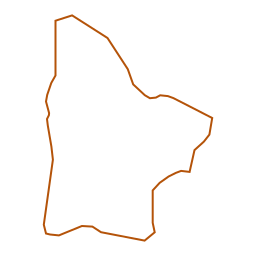 outline of Celje
{"feature_id": "SVN-941", "entity_name": "Celje", "entity_type": "Municipality", "adm_level": 1, "iso_a3": "SVN", "parent_name": "Slovenia", "parent_adm1": "", "projection": "orthographic", "projection_center": [15.275, 46.255], "detail": "fine", "context": "isolated", "style": "outline", "palette": "amber", "viewbox_px": 256, "rotation_deg": 0, "n_neighbors": 0, "source": "natural_earth", "source_scale": "10m", "svg_char_len": 597}
<svg xmlns="http://www.w3.org/2000/svg" viewBox="0 0 256 256"><path d="M55.5,20.7L72.1,15.4L107.5,38.0L127.8,69.2L133.2,84.4L144.8,95.2L149.9,98.2L155.9,97.6L160.2,95.3L167.9,96.1L173.4,98.1L212.2,118.0L209.4,134.6L203.9,141.6L194.5,150.1L189.6,171.9L181.1,170.9L175.8,172.9L168.6,176.5L159.7,182.8L152.7,190.4L152.7,222.8L154.7,232.3L144.6,240.6L101.0,232.2L92.4,226.6L81.9,226.0L58.9,235.4L50.1,234.5L46.0,233.5L43.8,224.7L52.9,159.7L51.4,146.6L47.8,125.5L47.0,119.0L48.9,115.2L49.1,113.1L46.0,101.5L47.2,94.9L51.3,82.9L55.5,75.5L55.5,20.7Z" fill="none" stroke="#b45309" stroke-width="2"/></svg>